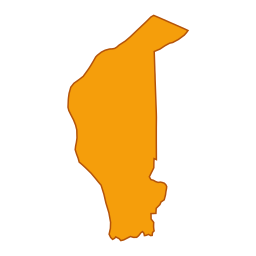 Guaíra, Paraná, Brazil (Natural Earth projection)
{"feature_id": "56859067B14850541028605", "entity_name": "Guaíra", "entity_type": "district", "adm_level": 2, "iso_a3": "BRA", "parent_name": "Brazil", "parent_adm1": "Paraná", "projection": "natural_earth1", "projection_center": [-54.219, -24.193], "detail": "fine", "context": "isolated", "style": "filled", "palette": "amber", "viewbox_px": 256, "rotation_deg": 0, "n_neighbors": 0, "source": "geoboundaries", "source_scale": "gbopen_adm2", "svg_char_len": 1588}
<svg xmlns="http://www.w3.org/2000/svg" viewBox="0 0 256 256"><path d="M153.7,15.4L150.9,17.0L148.5,19.4L145.9,22.0L136.8,30.6L130.3,36.8L125.4,41.0L119.2,45.0L116.7,47.2L114.7,48.4L112.1,48.9L109.6,49.0L105.2,50.2L101.4,52.1L97.3,55.3L95.7,57.0L93.4,61.1L90.6,65.8L89.0,68.3L87.4,70.6L84.4,74.7L83.3,76.3L78.9,79.7L73.9,83.3L70.8,87.2L69.1,93.3L68.5,97.6L68.3,99.8L68.0,107.3L68.8,110.5L70.5,114.0L73.6,120.0L75.6,125.1L76.8,130.0L77.0,138.0L76.4,142.3L75.6,146.2L75.2,149.7L76.6,154.2L78.1,158.1L79.2,162.1L81.8,164.3L85.4,167.6L91.1,173.2L95.4,178.3L98.3,181.9L101.1,185.2L103.9,194.2L105.9,202.9L108.9,212.8L110.6,222.3L110.4,228.4L109.1,234.2L110.7,237.5L112.6,239.4L114.7,238.2L115.7,236.9L119.2,238.7L120.8,240.6L123.7,239.9L130.4,236.5L133.6,237.4L136.7,237.3L138.5,235.8L139.8,234.2L140.9,232.7L142.5,231.6L143.9,233.2L144.4,235.6L145.9,235.4L148.5,234.4L150.7,235.6L152.2,235.4L152.5,232.6L154.1,230.9L153.8,229.3L153.6,226.9L153.6,224.9L153.7,222.4L151.1,219.0L151.0,213.6L155.9,213.4L156.2,208.3L159.9,204.6L161.0,202.0L164.2,199.8L164.9,197.2L165.5,194.9L165.9,191.7L166.5,188.6L166.7,186.6L165.8,184.7L164.3,183.2L162.3,182.5L160.5,182.1L158.1,182.4L155.7,181.6L153.4,180.3L150.9,179.6L149.3,176.8L153.8,167.8L153.9,161.5L154.1,158.6L156.4,159.6L156.3,140.2L156.3,128.4L156.4,117.3L156.3,113.0L155.4,87.8L155.3,84.9L155.1,79.7L155.0,74.6L154.8,70.4L154.7,66.5L154.6,63.3L154.3,53.9L154.2,51.5L159.9,49.1L165.0,45.7L169.6,43.2L172.7,42.5L178.5,39.4L184.3,35.1L186.5,32.6L188.0,30.5L185.5,29.3L159.6,17.9L153.7,15.4Z" fill="#f59e0b" stroke="#b45309" stroke-width="1.5"/></svg>